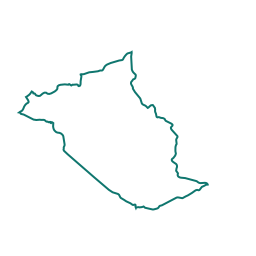 outline of Adamaoua, rotated 41°
{"feature_id": "CMR-1482", "entity_name": "Adamaoua", "entity_type": "Province", "adm_level": 1, "iso_a3": "CMR", "parent_name": "Cameroon", "parent_adm1": "", "projection": "robinson", "projection_center": [13.021, 7.091], "detail": "fine", "context": "isolated", "style": "outline", "palette": "teal", "viewbox_px": 256, "rotation_deg": 41, "n_neighbors": 0, "source": "natural_earth", "source_scale": "10m", "svg_char_len": 4186}
<svg xmlns="http://www.w3.org/2000/svg" viewBox="0 0 256 256"><g transform="rotate(41 128 128)"><path d="M65.1,108.3L68.1,104.9L69.3,102.8L70.1,102.2L70.7,101.6L70.9,100.5L70.2,97.3L70.1,96.1L70.3,94.9L70.6,93.8L72.3,90.3L77.1,82.8L78.9,80.7L79.2,79.9L79.1,79.0L78.7,77.6L78.5,75.5L78.5,73.4L78.7,72.1L80.7,69.0L80.9,68.3L81.5,68.9L83.5,72.0L92.6,81.4L93.8,82.0L94.8,82.4L96.0,82.6L97.8,82.7L98.5,82.7L99.2,83.0L99.7,83.6L100.7,85.4L100.8,86.0L100.7,86.5L100.5,87.1L100.2,87.5L100.0,88.1L100.2,89.3L100.2,91.0L100.6,91.9L101.0,92.4L101.6,92.8L102.8,93.3L103.4,93.5L103.9,93.6L105.1,94.2L105.9,95.1L109.7,96.3L117.4,97.6L118.1,97.8L122.2,100.3L123.0,100.5L123.6,100.5L124.7,100.3L125.8,99.9L127.2,99.7L129.7,99.9L130.0,99.2L130.2,97.1L130.3,96.4L130.4,95.9L130.9,95.3L131.2,94.8L131.8,94.4L135.1,95.2L136.4,96.3L136.9,97.0L137.7,97.8L138.5,98.3L139.6,98.8L142.1,100.7L142.8,100.8L143.3,100.6L143.9,99.8L144.3,99.5L146.1,98.8L146.6,98.5L147.7,97.7L148.4,97.4L149.3,97.2L150.0,97.2L151.1,97.7L151.7,97.8L152.3,97.7L157.7,96.3L158.8,96.2L159.4,96.3L160.0,97.0L160.0,99.4L160.4,99.8L160.9,100.3L162.2,100.7L170.5,101.7L171.0,102.0L171.3,102.4L171.7,104.3L171.9,104.9L172.2,105.4L172.5,105.7L174.5,107.5L175.0,108.0L175.3,108.5L175.4,109.4L176.3,111.2L178.8,114.2L179.7,115.0L180.3,115.4L181.0,116.0L181.7,117.8L181.9,120.8L181.8,121.4L181.6,122.2L181.7,123.0L182.1,123.5L182.6,123.8L183.2,124.0L184.4,124.0L187.9,123.6L188.5,123.7L189.2,124.0L189.9,124.5L190.5,125.2L190.9,126.1L191.2,126.8L192.4,128.7L195.4,129.4L196.1,130.6L196.4,131.0L197.1,131.4L197.6,131.6L198.2,131.6L198.7,131.5L199.3,131.4L199.9,131.1L200.5,130.8L204.0,128.3L214.0,123.4L214.8,123.1L215.5,123.0L216.3,123.0L217.4,122.8L218.1,122.5L218.8,122.1L221.8,119.1L222.8,118.4L223.6,118.1L224.2,118.1L224.8,118.2L225.2,118.3L225.3,118.4L224.2,119.5L223.3,122.0L222.7,123.3L222.4,123.9L222.4,124.4L222.6,127.6L222.5,128.1L222.1,128.7L221.0,129.2L220.6,129.6L220.0,130.5L219.7,131.5L218.9,134.9L217.4,139.6L216.4,141.8L215.5,144.3L215.2,145.1L214.6,145.6L211.7,147.3L210.9,147.9L210.3,148.7L209.8,150.0L204.3,164.1L203.1,165.9L203.0,166.6L203.2,167.8L203.2,168.4L203.1,169.0L202.6,170.0L200.8,172.6L200.1,173.3L193.2,177.0L191.3,177.0L190.8,177.9L190.1,178.9L188.7,180.4L188.0,180.7L186.9,181.9L186.2,182.6L186.3,182.8L186.4,183.1L186.2,183.0L185.2,182.4L184.4,181.3L183.9,181.1L183.5,181.2L183.2,181.6L183.0,181.8L182.7,182.3L182.4,182.7L181.8,183.0L179.3,183.2L174.8,184.5L172.3,184.8L168.3,185.5L167.5,185.3L165.1,184.3L164.3,184.3L163.6,184.4L158.6,186.6L154.2,187.2L135.3,187.4L112.0,187.4L99.7,187.4L94.7,187.2L93.6,186.7L93.4,186.3L93.1,185.8L92.2,184.8L92.1,184.5L91.9,184.0L91.8,183.5L91.6,182.9L91.2,182.3L90.7,181.8L84.6,176.7L83.8,176.3L82.8,176.1L81.1,176.1L80.1,176.4L79.3,176.7L78.2,177.5L77.6,177.8L77.1,178.0L76.5,178.2L75.4,178.2L74.2,178.1L73.4,177.9L72.7,177.6L71.6,176.9L70.5,176.0L69.0,174.1L68.7,173.7L68.4,173.3L67.2,173.4L66.7,173.6L66.6,173.8L66.7,174.5L66.7,174.8L66.3,174.9L66.1,174.7L65.9,174.5L65.5,174.3L65.1,174.6L64.5,175.6L63.9,175.8L63.2,175.9L62.9,176.1L62.7,176.4L62.4,176.6L61.5,176.8L60.5,176.7L59.5,176.9L58.6,177.5L57.7,178.4L55.8,179.8L53.5,182.2L52.4,182.8L52.0,183.1L51.2,183.6L40.4,186.3L38.7,187.2L37.7,187.6L36.9,187.2L36.4,187.3L35.7,187.7L35.9,186.7L36.7,184.4L36.6,183.5L36.4,182.3L35.6,180.0L35.4,178.7L35.3,177.8L35.4,176.6L35.5,175.9L36.0,174.7L36.0,174.1L35.9,173.5L35.1,173.0L34.5,172.6L30.7,171.5L31.1,170.3L31.6,167.9L31.7,166.4L31.4,163.6L32.8,163.4L33.1,163.5L33.6,163.9L33.9,164.0L34.2,163.8L34.7,163.3L34.9,163.2L35.4,163.2L36.5,163.5L37.0,163.6L38.2,163.2L39.4,162.6L40.4,161.6L40.7,160.3L41.0,158.1L41.7,156.2L43.0,155.1L44.8,154.9L46.2,154.0L47.3,152.3L48.7,148.6L49.0,147.1L49.1,145.7L48.9,144.7L47.8,143.3L47.5,142.5L47.8,141.1L48.7,139.7L51.6,136.6L54.4,134.6L54.6,134.4L54.7,133.6L54.9,133.4L55.2,133.3L55.6,133.4L56.2,133.2L56.9,133.2L57.3,133.1L57.5,132.6L57.6,132.1L57.8,131.6L58.5,131.1L60.5,129.0L61.1,128.6L61.7,128.4L62.3,128.5L62.7,128.7L63.1,128.8L63.5,128.6L64.0,127.4L63.4,126.0L61.5,123.7L59.1,119.8L58.5,119.2L57.3,118.9L57.1,118.6L57.4,118.1L58.3,117.4L59.3,116.4L62.2,111.4L65.1,108.3Z" fill="none" stroke="#0f766e" stroke-width="2"/></g></svg>